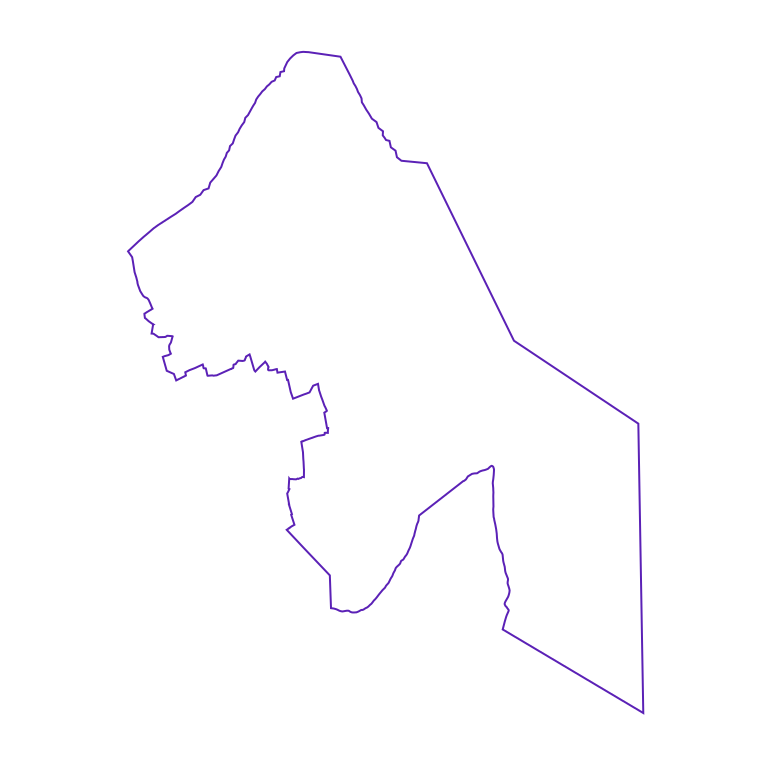 outline of Veere, Zeeland, Netherlands, rotated 89°
{"feature_id": "6326949B71921166023383", "entity_name": "Veere", "entity_type": "district", "adm_level": 2, "iso_a3": "NLD", "parent_name": "Netherlands", "parent_adm1": "Zeeland", "projection": "natural_earth1", "projection_center": [3.598, 51.556], "detail": "fine", "context": "isolated", "style": "outline", "palette": "violet", "viewbox_px": 768, "rotation_deg": 89, "n_neighbors": 0, "source": "geoboundaries", "source_scale": "gbopen_adm2", "svg_char_len": 5931}
<svg xmlns="http://www.w3.org/2000/svg" viewBox="0 0 768 768"><g transform="rotate(89 384 384)"><path d="M607.2,440.9L607.6,438.2L607.8,437.5L608.3,435.9L608.8,434.7L609.9,432.6L610.3,431.5L610.6,430.2L610.7,429.4L610.6,428.8L610.2,426.3L610.0,424.9L610.1,423.4L610.3,422.9L611.2,421.6L611.7,420.4L611.9,419.2L611.9,417.6L611.8,415.5L611.0,413.4L609.6,410.8L609.5,410.2L609.5,409.3L609.1,408.3L607.9,406.5L607.1,404.7L606.7,404.2L606.3,403.6L604.4,401.6L603.6,400.5L602.0,399.2L600.3,397.9L599.2,396.7L597.5,395.2L594.2,392.6L590.2,389.2L587.9,386.8L587.6,386.5L586.1,385.7L585.3,385.1L583.1,383.0L581.8,382.3L578.8,380.8L577.7,380.1L576.7,379.4L575.8,378.9L573.7,378.1L572.7,377.6L570.5,376.3L568.8,375.7L568.3,375.5L567.8,375.1L567.1,374.5L564.8,371.9L563.8,371.0L561.9,370.3L561.3,370.0L561.0,369.7L560.8,369.4L560.0,368.0L559.6,367.6L557.5,366.3L556.7,365.8L556.1,365.2L555.2,364.5L553.9,363.7L551.1,362.5L548.2,361.0L546.4,360.3L544.3,359.6L539.1,357.8L536.4,356.6L535.8,356.4L534.7,356.2L531.3,355.3L529.4,354.7L527.3,354.2L526.2,353.9L524.0,353.1L523.3,352.7L522.1,352.2L521.1,351.9L520.2,351.8L516.1,351.2L482.5,306.5L482.4,305.9L481.5,304.6L480.9,303.8L480.2,303.3L478.4,302.1L477.9,301.8L477.5,301.1L475.4,297.6L475.0,295.3L474.9,292.8L474.8,292.3L473.3,290.1L472.7,288.6L472.2,286.9L471.8,284.8L471.2,283.0L470.6,281.5L468.9,279.7L468.3,278.9L468.0,278.5L467.8,278.1L467.7,277.7L468.0,277.0L468.6,276.3L469.1,276.1L470.4,275.7L471.4,275.5L473.2,275.6L476.9,275.9L481.0,276.4L483.9,276.9L484.4,276.9L485.0,277.0L490.1,276.6L491.4,276.6L494.5,276.5L495.8,276.6L498.1,276.7L503.8,276.7L508.4,276.7L511.3,277.0L514.4,276.9L519.0,276.7L520.4,276.3L522.0,276.1L526.3,275.2L531.1,274.4L535.5,273.9L539.9,273.7L543.2,273.4L545.3,273.0L550.1,271.7L551.1,271.4L552.1,270.9L554.1,269.8L555.4,268.9L555.9,268.7L556.8,268.4L562.9,267.9L564.5,267.6L568.9,266.5L573.1,266.1L574.9,265.7L580.7,263.5L581.6,263.4L582.4,263.5L584.0,263.8L585.4,263.9L586.7,263.6L588.5,263.0L591.0,262.3L592.7,262.0L594.7,262.3L595.9,262.6L597.6,263.1L599.1,263.7L603.6,266.4L604.7,266.9L605.7,267.2L606.1,267.2L606.6,267.1L607.8,266.5L608.2,266.3L609.3,265.2L610.5,264.5L611.8,263.5L612.3,263.3L612.8,263.3L613.4,263.5L616.0,264.7L617.3,265.3L618.9,265.9L623.3,267.3L631.5,269.6L717.5,130.5L428.1,130.4L343.0,253.3L164.0,337.2L161.1,362.7L157.5,367.1L150.9,368.4L147.5,373.0L141.0,374.3L140.1,377.7L137.7,379.2L135.4,380.9L131.3,380.6L127.8,385.1L122.0,386.9L118.5,391.5L113.5,394.3L109.5,396.9L104.7,399.5L102.0,401.2L98.0,401.5L94.7,403.0L91.5,404.9L88.6,405.9L85.5,407.4L82.9,409.0L80.2,410.0L74.7,412.6L56.0,421.8L50.9,453.6L50.5,459.1L50.8,461.9L51.5,465.7L53.9,469.0L56.9,472.2L60.4,475.1L66.7,478.2L69.5,478.5L70.3,482.1L74.5,482.9L75.2,486.4L78.6,488.0L79.9,491.1L82.5,493.5L84.4,495.9L87.1,498.0L89.3,500.6L92.0,502.7L94.4,504.8L97.3,506.8L100.7,508.0L103.3,509.8L105.8,511.3L112.8,515.3L115.4,518.0L119.7,519.2L122.9,521.7L126.4,523.9L129.8,525.5L133.0,528.1L136.8,529.6L140.8,531.0L143.4,533.8L147.7,534.8L150.2,537.1L153.9,538.3L156.8,540.1L160.4,541.6L164.1,542.9L168.2,545.6L172.6,547.9L179.6,554.2L185.4,556.0L187.0,561.0L191.6,564.4L193.8,569.0L198.6,572.4L201.6,576.6L204.4,580.9L207.3,585.2L210.2,589.3L212.9,593.8L220.9,606.7L224.3,611.6L228.5,616.6L232.8,621.9L237.2,627.0L246.2,636.9L246.9,637.6L252.8,633.6L256.5,633.0L267.9,631.4L273.2,629.8L277.9,628.7L278.4,628.8L280.6,628.3L286.9,626.1L290.1,624.2L291.7,623.2L292.2,622.7L293.2,621.3L293.4,620.9L293.7,619.9L294.4,618.9L295.2,618.3L295.9,617.8L299.4,616.3L303.3,614.8L304.7,614.1L307.8,619.5L309.4,622.0L309.5,622.3L310.4,622.3L313.8,621.9L314.1,621.5L314.3,621.2L317.1,618.2L320.2,614.0L320.1,613.9L320.4,613.5L320.5,613.8L329.5,615.5L329.7,613.6L331.6,610.9L333.3,608.6L333.2,603.0L333.1,601.7L332.7,601.0L332.0,599.9L332.0,599.7L332.5,594.9L332.7,594.5L333.6,594.8L338.4,596.2L339.1,596.5L340.9,597.7L341.7,598.0L342.4,598.2L345.9,598.1L348.8,597.1L350.0,596.6L350.9,598.2L351.4,599.2L352.3,602.8L353.0,604.7L367.0,601.0L369.8,595.0L370.3,593.9L376.8,591.7L372.1,581.9L368.8,582.5L366.7,578.1L366.6,577.9L366.5,577.5L364.8,572.8L361.3,564.9L362.6,564.5L363.8,564.4L365.0,564.1L365.2,563.8L365.2,562.1L365.3,561.9L372.4,560.4L372.6,560.3L372.7,560.0L372.5,557.4L372.4,555.5L372.7,554.4L372.4,551.1L366.3,536.9L366.3,536.7L366.3,536.3L365.9,535.9L365.7,535.5L365.5,534.7L365.3,534.5L364.9,534.4L363.4,534.2L362.5,534.2L362.2,534.1L362.0,533.8L361.8,533.5L361.7,532.9L361.6,532.3L361.5,532.0L361.1,531.7L360.2,531.1L359.7,530.6L358.3,529.5L358.1,529.3L358.5,524.9L358.2,523.5L358.0,523.0L357.6,522.7L356.0,522.2L355.3,521.7L354.5,521.6L354.2,521.5L353.9,521.1L352.1,517.9L354.3,517.2L367.5,513.6L368.4,513.2L369.3,512.4L365.0,508.2L360.1,502.8L359.6,502.4L361.7,500.8L362.3,500.5L363.0,500.2L363.6,499.8L364.4,499.4L364.4,499.5L365.4,499.4L367.3,499.7L368.1,499.4L368.3,498.9L368.3,496.2L368.2,495.3L367.9,494.0L367.3,491.6L367.2,490.9L370.8,490.3L369.8,482.8L378.3,480.8L378.2,479.9L390.4,477.4L397.1,475.2L393.1,464.4L392.3,461.9L391.1,458.6L384.5,454.9L384.4,454.7L382.7,450.0L389.4,449.0L389.8,448.8L395.4,447.1L398.7,445.9L404.7,443.9L405.8,443.3L407.8,442.4L409.7,441.6L410.0,441.7L410.1,441.8L411.6,444.2L427.2,441.7L427.1,440.6L427.3,440.6L429.4,440.9L431.9,441.0L431.7,443.8L431.8,444.1L432.7,444.2L433.1,444.2L433.6,444.4L433.7,444.6L434.0,446.1L434.5,449.4L434.5,449.9L434.6,450.7L435.3,453.1L438.7,463.3L440.4,467.5L440.2,467.5L440.3,467.7L450.8,466.2L454.3,466.1L457.5,466.0L460.3,465.8L467.0,465.6L468.0,465.5L475.7,465.7L475.5,466.5L475.5,467.1L475.7,467.6L476.6,468.7L476.8,469.9L477.4,471.4L477.1,472.1L477.7,473.3L477.8,473.7L477.7,474.6L477.7,475.7L477.5,476.7L477.4,479.0L477.2,480.2L476.9,480.4L486.9,481.2L487.4,480.4L489.6,481.5L489.9,481.6L491.8,482.7L503.0,480.9L503.0,481.1L512.6,478.3L513.1,479.1L523.2,476.0L524.7,478.8L526.4,481.4L526.5,481.3L528.1,483.8L546.3,467.3L574.4,441.5L607.2,440.9Z" fill="none" stroke="#5b21b6" stroke-width="2"/></g></svg>